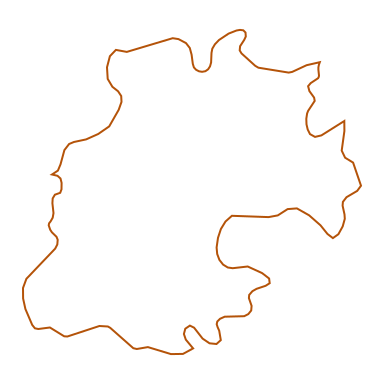 SVG path tracing the border of Enna
{"feature_id": "ITA-5412", "entity_name": "Enna", "entity_type": "Province", "adm_level": 1, "iso_a3": "ITA", "parent_name": "Italy", "parent_adm1": "", "projection": "mercator", "projection_center": [14.474, 37.585], "detail": "fine", "context": "isolated", "style": "outline", "palette": "amber", "viewbox_px": 384, "rotation_deg": 0, "n_neighbors": 0, "source": "natural_earth", "source_scale": "10m", "svg_char_len": 2088}
<svg xmlns="http://www.w3.org/2000/svg" viewBox="0 0 384 384"><path d="M319.8,62.2L318.9,64.8L318.4,67.3L318.4,69.8L319.0,75.6L318.8,76.8L318.1,78.2L310.7,83.1L308.1,86.2L309.4,91.1L314.1,97.6L314.7,100.9L308.1,110.9L307.1,113.5L306.3,118.8L306.5,124.3L307.7,129.5L310.0,134.1L315.0,136.9L321.4,135.4L344.3,121.0L344.4,131.0L341.7,150.6L345.1,157.7L353.1,162.6L361.0,185.7L357.2,190.9L346.5,197.2L342.9,201.9L342.6,205.7L344.5,214.4L344.8,218.8L342.7,226.4L338.4,234.2L332.9,238.1L327.5,234.0L320.5,225.3L309.1,215.3L296.9,208.4L287.6,209.1L277.8,215.4L268.6,217.1L231.9,215.8L225.5,221.5L220.9,229.0L218.0,237.8L216.6,247.5L217.2,254.0L219.4,259.9L223.1,264.6L227.8,267.5L232.7,268.2L247.7,266.5L262.1,273.1L269.1,278.5L269.7,283.2L265.6,285.8L256.6,288.8L252.4,291.2L249.2,294.9L248.9,298.1L251.6,305.9L251.2,310.5L248.3,314.1L244.2,316.2L224.7,316.7L220.0,318.8L217.3,321.5L216.7,324.2L217.6,327.1L219.2,330.7L220.8,340.1L216.5,344.0L209.5,343.3L202.6,338.6L194.1,327.7L189.9,325.6L185.3,328.7L183.9,334.0L185.8,339.6L193.1,348.4L183.0,353.9L171.0,354.1L147.9,347.1L136.8,349.0L133.3,348.2L110.3,327.9L107.9,326.5L99.4,326.0L67.4,336.5L64.2,336.3L49.9,327.5L38.3,329.0L34.9,328.3L32.2,324.9L25.4,309.0L23.1,298.5L23.0,288.0L26.4,278.8L55.2,248.6L57.3,244.5L57.7,239.8L56.5,236.8L51.9,232.3L50.2,229.7L48.7,225.3L49.1,223.3L50.6,221.4L52.7,217.7L53.5,213.1L52.4,203.2L52.7,198.4L54.9,194.7L60.2,192.8L61.5,189.3L61.6,182.9L60.5,178.5L57.5,175.8L52.0,174.5L57.9,170.6L60.5,164.4L64.4,150.1L69.1,144.0L73.9,142.0L86.1,139.4L98.2,134.0L109.2,126.4L118.7,109.8L121.5,101.9L121.2,96.0L118.1,91.3L112.4,86.8L107.7,78.9L107.0,67.3L109.9,56.2L115.9,49.9L126.8,51.9L172.7,38.2L178.5,39.1L186.0,43.1L189.8,48.0L191.6,54.7L192.8,63.8L193.9,67.4L196.1,69.8L199.0,71.3L202.1,71.8L205.4,71.2L208.1,69.3L210.0,66.4L211.1,62.5L211.5,52.9L212.3,48.7L214.9,44.3L219.0,40.0L228.6,33.6L236.5,30.5L240.0,29.9L243.3,30.3L245.5,32.5L245.8,36.5L244.2,39.9L240.1,46.2L239.7,50.4L241.5,53.4L255.2,65.8L258.4,67.7L288.7,72.6L292.2,71.9L306.6,65.2L319.8,62.2Z" fill="none" stroke="#b45309" stroke-width="2"/></svg>